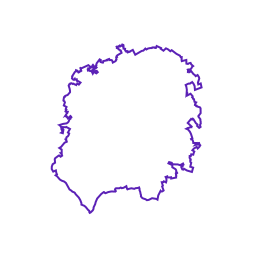 Canalete, Córdoba, Colombia (Albers equal-area conic projection), rotated 332°
{"feature_id": "7082276B82675854286902", "entity_name": "Canalete", "entity_type": "district", "adm_level": 2, "iso_a3": "COL", "parent_name": "Colombia", "parent_adm1": "Córdoba", "projection": "albers", "projection_center": [-76.229, 8.721], "detail": "fine", "context": "isolated", "style": "outline", "palette": "violet", "viewbox_px": 256, "rotation_deg": 332, "n_neighbors": 0, "source": "geoboundaries", "source_scale": "gbopen_adm2", "svg_char_len": 5801}
<svg xmlns="http://www.w3.org/2000/svg" viewBox="0 0 256 256"><g transform="rotate(332 128 128)"><path d="M194.7,72.9L191.8,69.1L190.4,70.4L189.7,70.2L189.3,69.8L189.4,69.4L188.0,68.6L187.7,68.7L187.2,68.3L186.5,68.6L185.0,67.8L182.9,67.2L181.1,67.3L180.6,66.0L177.9,66.9L176.3,66.4L168.8,66.7L168.9,61.3L165.4,61.3L165.3,61.5L163.3,61.1L163.7,59.9L163.0,59.5L162.7,59.9L162.3,59.8L162.3,59.1L162.0,58.8L162.0,57.5L162.6,56.7L161.3,55.8L162.6,53.5L162.9,52.5L162.2,51.7L161.3,52.6L161.1,52.0L159.3,52.3L159.3,51.3L156.6,51.6L156.4,50.9L156.1,50.9L156.1,51.6L155.7,52.2L156.8,53.3L156.6,54.1L157.9,56.1L157.6,56.5L157.9,57.0L157.6,58.6L152.7,58.8L151.7,59.2L151.6,60.2L150.7,60.1L150.0,62.1L149.5,62.1L149.0,62.8L148.3,63.1L145.3,63.1L145.7,60.9L145.2,60.2L143.8,59.5L143.8,58.2L141.5,57.9L141.5,58.5L137.6,57.3L136.7,58.5L136.2,58.3L134.8,56.9L134.7,56.5L135.9,55.3L135.2,54.1L130.8,56.1L129.3,57.6L129.4,57.9L128.3,58.6L128.7,59.8L128.1,60.0L127.8,59.8L127.1,57.9L126.7,55.8L126.4,55.9L124.8,56.9L126.0,59.9L125.8,59.9L125.9,60.2L124.1,60.2L124.9,62.1L127.2,62.8L127.5,64.5L125.7,64.9L124.1,62.4L122.4,63.5L122.5,61.0L122.2,60.5L121.2,59.9L121.2,59.0L119.6,58.5L120.0,57.2L120.9,57.0L121.0,56.7L122.1,57.2L123.9,57.3L122.5,53.9L114.4,53.4L114.2,51.9L113.6,55.6L112.9,55.7L111.8,55.1L111.2,55.8L110.3,55.7L110.2,54.6L109.7,54.2L110.0,53.4L109.3,52.6L108.9,53.2L107.2,53.7L103.0,56.1L103.1,56.4L101.8,57.9L102.3,59.5L102.5,59.8L103.2,59.8L104.1,59.5L103.9,60.5L105.6,60.9L105.1,62.5L106.0,63.2L107.4,65.6L105.0,66.6L104.2,64.9L103.7,65.4L102.3,65.1L102.2,65.4L101.1,64.1L100.8,63.4L100.4,63.0L99.8,63.1L98.9,61.8L97.8,61.6L97.3,62.1L96.8,61.8L95.5,62.7L94.9,65.9L94.2,68.1L93.6,69.2L90.2,70.5L87.9,70.2L87.2,70.3L87.0,70.8L86.0,70.7L83.9,73.4L83.9,73.8L84.4,74.5L84.3,75.8L81.9,78.0L83.6,80.6L81.8,82.1L81.6,82.9L81.9,83.1L80.6,84.0L81.2,85.3L81.9,85.1L82.4,85.4L81.5,86.2L81.3,86.1L78.7,87.6L79.1,87.6L79.4,89.0L78.9,89.2L79.4,90.4L79.4,91.2L82.8,90.4L83.1,91.5L83.0,92.0L81.3,92.0L81.4,92.8L80.2,93.0L78.7,94.4L77.5,94.9L76.0,95.1L72.6,93.9L68.9,93.2L69.3,93.8L69.2,94.8L69.4,95.4L69.1,97.1L68.7,97.6L68.6,99.7L67.9,100.8L66.9,100.9L68.0,102.0L70.0,99.4L69.6,99.1L70.9,96.6L73.5,98.2L74.0,98.1L76.3,101.6L72.8,103.8L73.5,105.2L72.1,106.5L70.9,107.1L69.6,107.2L69.1,107.5L68.3,108.8L67.5,108.7L67.7,110.9L67.5,111.4L65.1,111.2L60.0,113.3L58.0,113.4L59.3,115.9L57.7,119.0L56.8,118.6L57.1,120.4L56.8,120.7L56.8,121.5L55.0,121.7L54.3,119.9L54.0,119.8L49.5,120.5L48.7,121.1L47.3,124.4L44.5,124.6L42.6,126.3L41.4,128.4L41.5,131.4L44.4,131.6L43.6,134.1L43.5,135.6L41.9,135.8L42.7,137.3L43.6,141.4L44.7,143.3L46.5,145.3L47.4,147.4L47.5,154.8L48.6,156.8L49.0,158.1L50.3,159.6L50.6,160.2L50.7,161.9L51.9,166.3L52.0,169.3L51.6,172.5L50.9,173.8L52.9,176.2L53.6,178.0L54.3,181.6L54.9,182.9L54.3,184.3L54.4,185.0L55.4,185.0L58.2,184.2L58.8,183.8L59.5,183.3L60.4,181.9L63.3,179.8L64.7,178.2L67.7,175.8L73.4,173.7L76.5,173.2L76.8,173.4L77.2,174.7L77.5,175.0L80.5,175.3L83.5,176.2L87.0,178.2L87.6,178.0L87.7,176.1L88.5,175.6L89.1,175.6L91.9,177.1L93.7,177.2L94.2,178.2L96.0,178.7L99.2,178.6L98.6,181.1L98.7,181.9L99.6,182.0L102.7,182.8L105.0,184.7L106.4,184.7L108.7,185.6L109.9,185.7L109.6,187.3L109.0,188.2L108.8,190.1L108.1,192.3L108.0,193.3L107.3,194.5L107.7,196.4L108.2,197.2L110.1,199.2L110.8,200.6L112.6,201.2L116.3,201.3L119.6,203.8L120.4,205.1L123.1,201.7L127.1,198.9L127.1,199.4L127.5,199.7L128.0,199.7L128.6,200.1L130.1,199.9L130.7,195.6L131.7,195.3L132.4,191.7L133.8,192.3L134.6,191.9L136.0,193.9L136.9,193.0L137.8,191.5L138.2,190.2L138.2,188.9L139.8,189.1L139.4,189.9L139.6,190.1L141.5,191.2L142.9,191.7L142.4,192.9L147.1,194.3L147.2,193.8L147.7,193.6L148.2,192.9L148.2,192.2L148.7,191.3L150.3,190.8L150.3,190.5L149.5,190.0L150.2,189.5L150.1,189.1L150.7,187.9L150.6,186.6L148.7,183.5L149.7,181.5L147.1,178.2L148.3,177.4L150.3,179.3L150.3,180.3L150.8,181.3L154.7,183.4L156.6,185.3L159.9,185.2L159.8,186.4L159.0,186.5L158.6,187.0L158.2,186.0L157.8,186.4L157.9,187.4L156.7,187.5L156.5,190.0L157.3,190.7L158.3,190.3L160.1,193.2L163.8,196.8L166.9,193.6L164.8,191.4L167.5,188.4L167.1,187.2L167.7,185.9L168.1,185.9L168.7,185.1L168.3,184.3L168.4,183.2L169.3,181.7L170.2,182.3L171.5,180.9L173.1,182.2L174.2,181.0L175.5,179.9L174.4,177.9L176.4,177.1L179.8,176.9L179.9,178.8L182.0,178.2L183.7,177.2L183.4,176.0L183.7,174.6L182.9,174.3L182.3,174.8L182.2,175.6L180.9,174.8L179.4,174.5L180.6,174.0L181.3,173.3L178.6,171.9L179.2,170.4L179.4,168.0L179.2,167.6L178.5,167.6L178.5,167.3L180.0,167.3L180.8,162.9L180.9,160.3L180.3,157.5L179.2,156.1L181.0,156.1L181.6,156.4L183.1,156.5L184.2,157.0L184.3,156.6L184.8,156.5L184.7,156.2L183.1,151.6L188.0,149.6L188.5,150.6L189.6,150.2L189.9,151.0L190.2,155.7L191.0,157.6L190.5,158.4L190.0,158.6L190.9,161.3L192.6,161.1L192.9,159.2L194.5,158.0L194.8,157.0L195.2,156.4L195.5,155.1L196.0,154.3L195.5,151.0L195.7,150.5L199.1,149.0L201.3,144.7L201.2,143.5L198.6,140.9L199.0,140.4L197.9,139.1L198.4,138.4L200.2,137.4L199.0,136.1L199.8,133.5L199.1,132.6L199.5,131.6L199.1,131.0L200.0,130.3L199.3,127.1L195.8,127.1L196.3,125.9L195.1,126.4L197.9,121.9L198.9,118.9L199.1,117.1L202.3,117.2L203.5,117.9L204.9,117.6L205.5,117.9L206.2,117.6L206.6,119.3L206.5,122.2L205.0,125.8L212.0,126.7L213.1,122.8L210.5,122.5L211.0,120.8L214.2,117.7L214.5,116.3L214.3,113.9L212.1,114.0L211.9,112.7L211.1,111.1L210.4,106.9L208.8,107.6L208.1,107.5L207.4,107.2L207.8,107.2L208.0,106.6L207.3,106.5L208.0,105.3L208.1,105.5L208.3,105.4L208.3,105.0L208.4,105.3L208.8,105.2L208.6,104.7L209.4,104.9L210.4,105.6L211.9,105.1L213.3,104.1L214.6,103.9L213.7,101.5L213.8,99.9L212.5,99.5L211.0,99.6L209.8,98.6L211.4,95.3L206.9,94.2L207.2,93.2L208.7,90.6L207.8,90.2L207.8,88.5L205.6,85.3L203.1,79.8L201.4,80.1L200.3,77.4L198.9,75.5L195.6,76.4L194.1,73.4L194.7,72.9Z" fill="none" stroke="#5b21b6" stroke-width="2"/></g></svg>